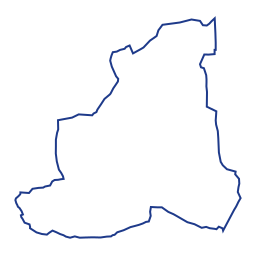 outline of Ankpa, Kogi, Nigeria
{"feature_id": "59680162B11863934245151", "entity_name": "Ankpa", "entity_type": "district", "adm_level": 2, "iso_a3": "NGA", "parent_name": "Nigeria", "parent_adm1": "Kogi", "projection": "albers", "projection_center": [7.59, 7.498], "detail": "fine", "context": "isolated", "style": "outline", "palette": "blue", "viewbox_px": 256, "rotation_deg": 0, "n_neighbors": 0, "source": "geoboundaries", "source_scale": "gbopen_adm2", "svg_char_len": 2021}
<svg xmlns="http://www.w3.org/2000/svg" viewBox="0 0 256 256"><path d="M58.0,120.2L58.2,129.4L57.1,132.8L55.9,139.6L55.9,146.5L55.8,153.5L56.8,161.4L58.9,169.6L61.3,173.1L63.0,176.3L63.6,178.9L60.6,179.3L58.1,179.8L54.6,180.0L52.2,181.5L50.1,185.5L45.1,186.5L43.2,187.6L38.5,187.9L32.5,188.8L29.0,193.0L20.4,192.4L20.4,193.4L20.2,194.3L18.4,196.2L15.9,198.4L15.4,200.1L16.3,203.2L17.4,205.3L17.9,206.7L19.5,208.0L21.6,211.2L22.9,214.5L20.9,215.3L21.4,217.3L22.4,218.6L24.6,222.7L29.5,224.4L30.1,226.8L30.0,228.2L36.5,232.4L41.9,234.0L46.9,234.6L49.3,232.7L52.5,230.6L56.5,232.3L60.2,234.1L63.5,235.2L65.9,236.6L70.1,237.7L74.8,236.4L79.7,237.7L85.2,237.5L92.9,237.3L100.5,237.5L106.8,236.6L111.0,236.4L112.6,235.2L114.6,234.8L117.2,232.3L123.7,230.2L130.5,227.1L134.4,226.1L138.8,224.9L142.8,223.5L146.0,221.9L148.8,221.5L150.7,215.9L150.1,211.8L150.9,207.0L156.8,207.3L161.8,207.3L168.3,211.9L173.5,214.2L176.5,215.9L187.4,222.2L194.5,224.2L201.7,227.8L206.2,226.9L209.7,228.2L214.5,228.8L216.5,229.2L218.8,226.7L222.5,228.3L223.1,230.7L223.9,229.1L224.5,228.0L234.1,209.9L236.1,206.6L237.1,204.6L238.4,201.9L240.6,198.1L237.8,192.0L238.5,187.1L239.3,183.7L239.0,178.8L235.2,174.3L235.6,171.6L226.9,169.2L222.8,165.3L220.7,161.8L219.7,156.6L218.9,152.5L218.3,138.3L217.8,131.1L216.1,124.6L215.7,120.4L216.1,114.8L216.3,111.3L206.8,106.7L207.0,92.0L206.4,86.3L206.5,82.6L206.5,79.2L206.2,75.2L203.9,68.2L201.0,67.3L200.0,64.2L204.3,54.5L208.7,54.6L214.6,54.1L214.6,49.9L215.7,49.9L215.7,42.8L215.4,33.2L214.7,18.3L211.6,21.2L209.3,23.7L206.8,25.5L202.9,25.2L200.0,20.9L191.5,19.5L179.8,22.5L162.5,24.8L158.4,30.3L156.6,36.0L150.0,40.6L143.5,47.5L140.8,49.1L133.0,53.4L129.6,45.5L126.1,47.0L124.6,48.8L120.1,49.9L116.8,51.6L112.8,52.2L111.5,55.5L110.6,58.6L110.2,60.7L111.8,66.6L116.1,76.3L118.2,78.8L117.9,81.5L115.5,85.1L113.3,88.3L110.6,93.5L109.9,94.4L105.1,98.4L104.5,98.9L101.0,104.3L97.4,109.6L96.4,112.1L93.6,113.5L92.2,115.3L78.7,114.4L72.1,117.6L58.0,120.2Z" fill="none" stroke="#1e3a8a" stroke-width="2"/></svg>